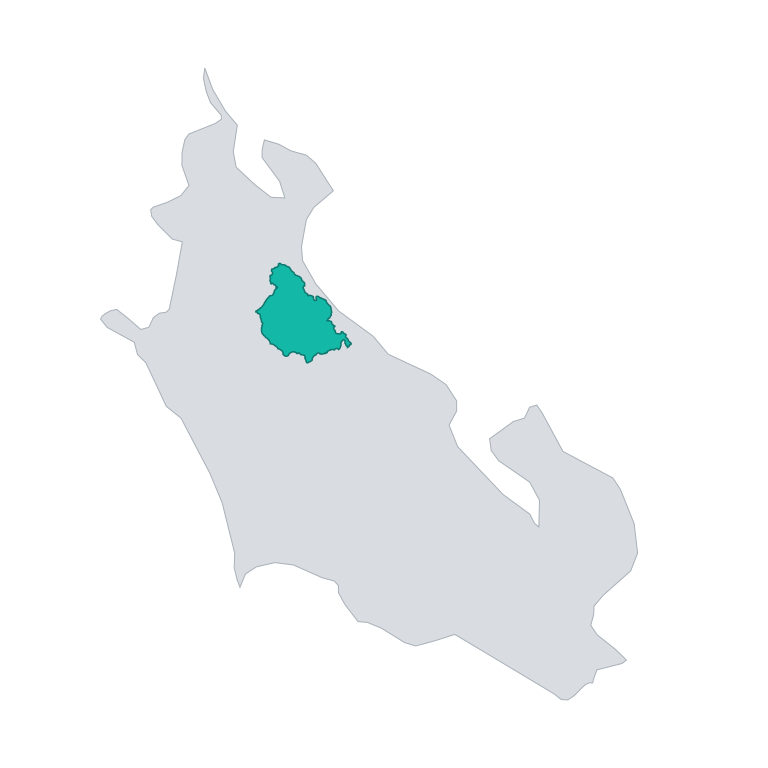 location of Perez Zeledon, San José, Costa Rica, rotated 191°
{"feature_id": "36466004B81779324435882", "entity_name": "Perez Zeledon", "entity_type": "district", "adm_level": 2, "iso_a3": "CRI", "parent_name": "Costa Rica", "parent_adm1": "San José", "projection": "orthographic", "projection_center": [-83.71, 9.337], "detail": "fine", "context": "in_parent", "style": "filled", "palette": "teal", "viewbox_px": 768, "rotation_deg": 191, "n_neighbors": 0, "source": "geoboundaries", "source_scale": "gbopen_adm2", "svg_char_len": 7743}
<svg xmlns="http://www.w3.org/2000/svg" viewBox="0 0 768 768"><g transform="rotate(191 384 384)"><path d="M674.6,393.6L673.6,396.9L670.6,400.3L666.3,403.8L660.6,406.2L646.8,399.1L633.2,391.1L625.7,394.8L623.0,405.3L617.9,410.7L611.7,412.8L609.1,416.3L608.6,451.7L609.1,485.1L619.4,485.8L636.6,497.4L644.0,504.2L646.3,510.5L644.2,513.6L631.6,520.9L619.4,530.1L613.3,541.6L624.1,560.1L626.4,572.7L626.1,585.9L623.1,592.3L599.4,607.5L594.2,612.8L594.9,616.6L608.0,627.1L614.3,637.2L619.5,649.4L620.2,659.9L608.2,640.3L591.7,621.6L577.4,610.1L576.3,583.2L570.5,568.6L548.9,555.1L530.5,545.7L516.8,547.7L525.2,563.1L546.9,583.0L548.3,590.6L548.0,600.8L533.1,599.3L519.9,595.1L503.9,593.8L493.2,587.7L470.6,564.0L486.7,543.8L491.6,530.5L491.2,503.0L487.5,489.6L470.1,469.3L442.4,447.0L403.7,428.8L385.5,414.0L340.1,402.7L322.9,395.2L309.5,381.3L307.5,371.4L312.3,356.1L299.8,336.6L246.0,298.2L215.9,284.0L209.5,275.7L204.7,273.2L209.2,299.6L222.3,315.5L256.7,330.5L266.1,339.2L269.9,350.4L249.8,371.9L239.6,377.3L236.6,389.0L230.0,392.5L223.2,385.7L195.4,351.9L141.4,335.4L131.7,325.5L111.8,294.6L102.8,266.4L106.2,247.6L128.5,218.5L135.5,205.9L134.2,198.0L135.0,186.5L126.8,178.4L106.4,167.8L93.4,159.3L97.0,155.1L120.5,144.0L122.1,133.8L122.0,130.4L125.8,129.7L129.2,127.0L131.3,124.2L137.8,114.4L143.4,108.9L149.9,108.1L157.7,112.2L187.2,122.9L220.0,134.8L266.7,151.7L286.2,141.1L302.9,132.9L314.5,134.1L339.6,143.7L354.8,146.8L364.1,145.8L380.1,159.9L388.9,170.4L390.3,177.4L395.2,181.1L407.7,182.0L438.5,189.1L457.2,187.8L474.3,180.2L483.7,171.2L486.6,157.0L490.9,164.0L496.0,175.1L498.2,189.3L520.3,236.7L538.0,263.3L576.7,311.7L593.4,320.5L621.8,359.4L631.5,365.8L637.1,377.3L666.5,386.7L674.6,393.6Z" fill="#d9dde1" stroke="#a8b0b8" stroke-width="1"/><path d="M469.1,453.6L469.4,454.0L469.6,454.8L470.0,455.8L470.0,456.2L470.2,456.3L471.4,456.7L472.5,456.9L473.5,456.9L474.7,456.8L474.9,456.3L475.1,456.1L475.3,456.1L475.6,456.2L475.8,456.4L475.9,457.0L476.3,457.7L477.3,458.2L478.0,458.4L479.3,459.1L479.6,460.0L479.9,460.2L480.4,461.2L481.2,462.2L481.5,462.8L481.8,463.3L481.8,463.5L481.7,464.2L481.5,464.7L481.2,464.9L480.6,465.0L480.7,466.3L480.9,466.6L481.3,468.1L481.4,468.3L481.9,468.6L482.8,469.0L483.4,469.5L484.0,469.8L484.6,470.5L484.9,471.1L485.1,471.4L485.3,472.0L485.7,472.3L487.5,473.3L488.6,473.5L489.0,473.5L489.4,473.7L490.0,473.8L491.0,473.8L491.7,474.1L492.0,474.3L492.6,474.5L492.9,474.9L493.5,475.9L494.1,476.3L494.5,476.5L495.2,476.9L495.5,476.9L496.9,477.8L497.1,478.0L497.3,478.7L498.6,479.8L498.9,480.3L499.8,480.7L500.2,480.8L501.0,480.8L502.6,481.2L502.9,481.3L503.0,481.6L503.4,481.7L503.9,481.9L504.7,481.9L505.3,481.9L506.1,481.7L506.6,481.6L506.9,481.6L507.9,482.1L508.6,482.2L509.0,482.6L509.4,482.6L510.5,481.8L510.5,481.6L510.4,481.3L510.4,480.6L510.0,480.1L510.0,479.9L510.4,479.4L511.2,478.5L512.2,477.8L513.0,477.8L513.4,477.4L513.7,476.6L515.7,475.4L515.8,475.4L515.9,475.1L516.1,475.1L516.1,473.7L515.7,473.1L515.1,472.7L514.7,472.1L514.5,471.7L514.5,471.0L514.6,470.6L514.9,470.1L515.1,469.1L516.1,469.1L516.3,469.0L516.4,468.9L516.5,467.7L515.6,465.7L515.7,464.3L515.6,463.5L515.4,463.1L514.7,462.7L514.6,461.6L514.1,460.8L513.8,460.7L513.5,460.8L513.3,461.0L513.1,461.6L512.7,461.7L511.9,461.3L511.4,461.0L511.1,460.7L510.6,460.3L509.2,460.3L508.6,459.5L508.5,459.3L508.6,458.6L508.3,457.9L508.2,457.8L507.4,458.8L507.2,458.7L507.0,458.4L507.1,458.2L507.5,457.6L507.7,457.2L508.2,456.9L508.4,456.5L508.6,456.4L508.8,456.0L508.9,455.6L509.3,454.9L509.3,453.9L509.5,453.6L509.5,452.5L509.8,451.9L509.8,451.0L510.3,450.0L510.8,449.5L512.9,448.8L513.2,448.5L513.8,447.2L514.9,445.3L515.0,445.2L515.1,444.9L515.4,444.5L515.7,443.9L516.0,442.7L516.4,441.8L516.7,441.6L517.0,440.0L517.4,438.7L518.1,437.5L518.5,436.6L518.7,436.3L518.9,435.9L519.4,435.4L520.1,434.9L520.3,434.1L520.8,433.7L521.2,433.3L521.8,432.9L521.9,432.6L522.7,431.7L523.7,431.0L523.5,430.3L522.9,430.5L522.5,430.4L522.3,430.2L522.0,429.7L521.5,429.2L519.8,429.0L519.5,428.9L518.9,428.4L518.3,426.8L518.3,426.4L517.9,425.4L516.8,423.7L516.5,423.0L516.4,422.3L515.9,421.4L514.9,420.9L514.7,420.7L514.6,420.3L514.6,419.4L514.9,418.9L515.0,418.0L514.7,417.6L514.6,416.9L514.9,416.2L514.9,415.3L514.6,414.1L514.5,413.1L513.8,411.6L513.8,411.4L513.2,410.3L512.2,409.8L511.9,409.3L511.1,408.6L510.0,408.2L509.7,407.7L508.8,407.0L507.9,406.8L506.9,406.3L506.5,405.9L505.9,405.6L505.2,404.9L504.8,404.6L503.9,403.7L503.8,403.3L503.7,402.9L503.2,401.7L502.4,401.8L502.0,401.9L500.6,401.8L500.5,401.7L500.0,401.6L499.0,401.3L498.3,400.8L497.0,400.3L495.5,399.4L495.1,399.0L495.0,398.4L494.1,398.3L493.1,398.3L492.6,398.1L492.4,397.8L491.5,397.6L490.1,396.8L489.2,395.7L489.0,395.3L489.0,394.6L488.9,394.2L488.3,393.4L486.8,392.9L486.4,392.5L485.5,392.6L484.8,392.7L483.6,393.5L483.3,394.0L483.0,395.3L482.1,396.5L481.5,397.1L481.0,397.4L480.7,397.7L479.2,398.4L478.5,398.2L477.6,398.4L476.9,398.3L476.4,398.0L475.9,397.7L475.5,397.3L474.9,397.5L474.5,397.5L474.5,397.9L474.4,397.9L473.7,398.0L473.4,398.3L473.1,398.3L472.4,397.8L471.9,397.3L471.2,397.0L469.9,396.9L469.6,397.0L469.4,397.2L468.8,397.2L468.2,396.9L467.6,396.9L467.4,396.8L466.6,395.8L466.7,394.7L466.6,394.3L465.0,392.1L464.6,391.0L463.9,390.2L463.5,390.1L463.2,390.1L462.7,390.4L462.2,390.9L460.7,391.9L459.1,393.6L459.1,393.9L459.1,394.6L459.2,395.3L459.2,395.8L458.8,396.9L457.9,398.5L457.4,398.7L457.0,399.3L456.4,399.6L456.1,399.9L455.9,400.8L454.8,401.9L453.0,402.0L452.7,401.9L452.6,401.3L451.1,401.4L450.6,401.5L449.6,402.0L449.2,402.1L448.9,402.3L448.6,402.7L448.2,402.9L447.5,402.6L446.8,403.7L446.0,403.7L445.8,403.9L445.7,404.1L446.0,404.5L446.0,405.0L445.9,405.2L445.7,405.4L444.6,406.0L444.3,406.5L443.9,406.8L443.6,406.8L443.1,407.0L442.3,407.8L441.7,407.9L439.9,408.2L439.3,407.9L439.0,408.2L439.0,408.6L438.8,408.8L438.3,409.3L438.1,409.5L437.4,409.7L436.6,409.9L436.0,409.8L435.7,409.7L435.2,409.1L434.9,409.3L434.6,409.7L434.1,410.6L434.0,411.0L433.9,412.2L433.6,413.1L433.7,414.4L434.0,415.3L434.2,415.7L434.2,416.0L433.9,416.3L433.9,417.1L433.7,417.8L433.2,418.4L433.1,418.8L432.7,419.1L432.2,419.7L431.9,419.8L431.4,419.6L431.1,419.6L431.0,419.4L430.4,418.7L430.3,418.1L430.3,417.4L430.0,416.4L429.4,416.1L429.1,415.4L428.4,414.4L428.0,414.1L427.1,414.0L426.9,413.8L426.8,413.2L426.6,413.5L426.0,413.6L425.6,413.9L425.5,414.1L425.4,415.7L425.2,416.2L424.8,416.5L424.4,416.2L424.2,416.2L424.0,416.6L424.0,417.0L424.0,417.6L424.9,418.4L427.2,419.4L427.4,419.6L427.5,420.3L427.7,420.8L428.3,421.4L429.6,422.1L430.4,422.7L430.6,423.0L430.8,423.6L430.8,424.1L430.5,424.6L430.5,424.8L431.1,425.5L432.3,425.9L433.3,426.0L433.6,426.4L434.5,427.3L435.6,427.2L436.0,426.6L436.0,426.4L435.6,426.0L435.7,425.6L435.9,425.3L436.9,424.8L437.4,424.6L438.8,424.5L440.1,424.5L440.6,424.6L441.0,424.8L441.3,425.2L441.7,425.8L441.9,426.5L442.1,426.9L443.5,428.3L444.0,429.0L444.2,429.6L444.2,430.2L443.4,430.7L443.2,431.0L443.5,431.7L444.5,431.9L444.8,432.1L445.5,432.4L446.3,432.8L446.8,433.5L447.1,434.7L447.5,435.1L447.8,435.3L448.9,435.4L449.8,435.7L450.4,435.6L451.2,435.3L452.0,435.5L451.3,436.7L451.3,437.4L451.1,437.7L450.8,438.0L450.1,438.3L449.9,438.5L449.7,439.8L449.4,440.6L448.9,441.3L448.9,441.9L449.4,442.6L449.3,443.1L449.2,443.8L449.0,444.1L449.0,444.4L449.8,446.4L450.1,446.8L450.1,447.1L450.4,447.7L450.6,448.8L451.5,450.1L452.2,450.5L453.4,451.1L454.7,452.1L455.2,452.5L455.9,453.2L456.8,454.8L457.1,455.1L457.8,455.4L458.2,455.5L458.8,455.4L459.2,455.7L460.4,456.0L461.4,456.1L462.0,456.4L463.3,456.5L465.0,457.3L465.4,457.4L465.9,457.5L466.8,457.2L467.1,456.8L467.2,456.6L467.2,455.7L467.0,454.9L466.5,454.4L466.2,453.8L466.3,453.4L466.7,452.9L467.7,452.9L468.0,452.8L468.3,452.8L469.1,453.6Z" fill="#14b8a6" stroke="#0f766e" stroke-width="1.5"/></g></svg>